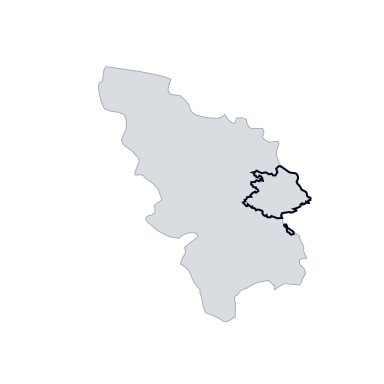 Limburg on a map of Belgium (Robinson projection), rotated 34°
{"feature_id": "BEL-3", "entity_name": "Limburg", "entity_type": "Province", "adm_level": 1, "iso_a3": "BEL", "parent_name": "Belgium", "parent_adm1": "", "projection": "robinson", "projection_center": [5.471, 50.993], "detail": "fine", "context": "in_parent", "style": "outline", "palette": "ink", "viewbox_px": 384, "rotation_deg": 34, "n_neighbors": 0, "source": "natural_earth", "source_scale": "10m", "svg_char_len": 3919}
<svg xmlns="http://www.w3.org/2000/svg" viewBox="0 0 384 384"><g transform="rotate(34 192 192)"><path d="M175.9,109.5L181.7,111.8L186.7,112.3L189.0,111.3L187.6,105.7L191.7,102.7L196.3,101.3L198.4,103.7L202.6,106.2L205.9,106.2L214.9,99.8L217.0,101.1L218.9,103.3L219.3,105.2L219.6,107.1L221.6,107.9L228.7,107.5L232.3,104.0L235.1,101.8L237.2,103.3L238.2,107.6L240.1,113.2L248.5,119.5L255.6,121.2L264.4,120.0L267.8,118.9L270.2,119.8L272.5,123.1L277.5,126.9L288.1,129.6L291.4,131.1L293.6,133.7L293.0,137.3L288.0,146.3L287.3,149.0L288.0,149.9L287.0,151.6L280.4,157.7L279.8,159.8L282.0,163.3L283.8,166.2L287.8,167.6L291.5,168.0L298.5,168.2L306.0,168.4L306.9,170.1L315.3,175.0L317.9,178.9L324.0,182.7L319.0,187.4L319.8,189.5L321.6,191.7L328.4,193.0L331.8,196.1L332.0,200.9L333.6,208.7L319.6,216.4L315.7,225.1L315.3,226.8L314.8,226.5L313.3,223.6L310.7,223.7L304.9,222.5L296.8,230.3L293.1,236.8L291.0,241.6L287.7,245.6L287.0,249.7L287.5,251.5L286.3,253.7L286.3,256.1L291.0,260.8L292.2,263.3L297.9,271.6L296.1,274.6L294.7,277.8L293.1,280.2L291.1,281.6L285.2,281.5L277.8,282.6L272.7,284.2L270.1,284.2L264.7,280.1L258.7,273.9L254.8,271.0L253.1,268.4L248.4,267.3L241.6,264.3L236.9,261.0L232.9,258.9L227.2,257.9L222.5,258.0L221.2,252.4L220.6,246.0L216.8,241.8L222.1,225.4L219.0,223.8L215.6,225.1L210.7,229.0L208.3,233.6L206.9,237.7L198.6,241.7L185.5,243.2L171.2,241.7L169.2,240.7L168.3,239.4L168.3,238.0L169.3,235.8L171.8,233.1L172.5,229.2L170.0,225.9L168.3,224.6L169.0,221.4L170.9,217.4L171.3,215.1L161.7,208.2L154.7,206.8L147.9,206.6L142.8,205.8L139.8,206.1L137.6,208.2L135.4,209.6L133.8,207.9L130.9,195.6L128.6,193.7L119.8,191.7L108.0,191.0L104.8,188.7L103.2,183.2L102.1,176.5L98.3,170.2L96.3,168.6L92.8,165.7L86.6,166.9L79.1,170.6L74.7,171.6L73.0,172.0L67.1,168.4L60.6,162.8L55.3,156.8L54.1,153.5L55.8,149.4L53.9,146.4L51.1,140.7L50.4,136.3L82.7,120.7L102.3,112.7L111.5,110.3L113.6,118.3L115.3,120.9L117.4,122.5L120.3,122.9L123.7,120.9L128.3,118.8L135.8,119.8L141.2,121.7L143.1,123.7L146.7,125.6L151.9,126.1L162.1,122.4L171.9,116.8L174.8,113.0L175.9,109.5Z" fill="#d9dde1" stroke="#a8b0b8" stroke-width="1"/><path d="M273.3,125.2L274.6,126.1L278.7,127.1L279.7,127.6L280.4,128.3L281.2,128.7L282.5,128.7L285.6,128.2L286.5,128.3L287.7,128.8L289.3,130.5L290.3,131.2L292.5,130.7L293.8,130.8L294.4,132.0L294.6,132.4L293.6,133.2L293.3,134.3L295.0,135.7L294.3,136.1L293.6,136.3L292.8,136.4L292.0,136.3L292.2,137.0L292.3,137.3L292.5,137.7L292.0,138.9L291.6,139.6L291.0,140.2L290.1,139.6L289.5,139.9L289.2,140.8L289.0,142.0L290.0,143.1L288.8,145.4L285.9,149.1L287.6,148.7L288.3,148.7L289.0,149.1L288.2,150.2L286.9,152.3L285.9,153.5L285.6,153.7L284.7,154.0L283.9,154.2L278.6,159.0L278.7,161.0L279.9,162.4L281.2,163.1L277.6,166.0L271.2,167.5L271.3,169.0L269.3,170.4L268.1,170.7L266.7,169.4L266.1,171.0L264.4,171.2L262.5,170.6L261.5,168.7L260.6,168.4L257.1,169.3L255.7,170.3L255.3,171.4L253.0,170.4L250.6,171.5L250.1,170.5L249.5,171.4L245.1,170.9L245.9,172.4L245.0,173.4L240.1,172.2L241.5,169.8L240.1,169.1L241.1,167.2L240.5,165.5L243.8,162.8L242.2,162.3L242.7,159.2L244.0,156.5L245.4,156.8L245.7,156.5L246.4,154.0L245.3,153.2L242.7,153.2L242.5,152.5L239.6,153.6L238.4,152.5L237.2,152.9L236.7,152.6L235.7,150.6L238.7,148.5L238.8,146.4L241.9,145.3L241.4,143.1L242.1,143.0L242.5,143.7L244.4,143.1L242.4,141.1L240.7,140.5L238.7,140.7L238.7,143.0L237.3,143.7L235.8,142.9L234.3,143.4L233.2,141.6L231.3,142.0L233.4,139.6L233.4,138.3L239.3,137.4L242.3,134.4L246.0,134.3L247.7,132.3L250.1,132.9L251.9,131.6L251.7,127.8L248.7,125.6L249.5,122.1L250.4,121.5L252.7,121.0L261.4,121.3L262.9,120.9L266.0,119.2L267.4,118.6L269.0,118.7L270.8,119.6L272.1,121.0L272.7,122.8L272.9,124.9L273.3,125.2ZM288.2,166.3L288.9,166.5L290.4,167.8L291.2,168.3L297.6,168.1L298.4,168.4L299.8,169.8L298.1,171.9L297.5,172.1L295.7,171.4L293.1,171.7L289.9,168.4L288.0,168.8L286.9,167.9L286.7,167.6L287.5,166.7L288.2,166.3Z" fill="none" stroke="#020617" stroke-width="2"/></g></svg>